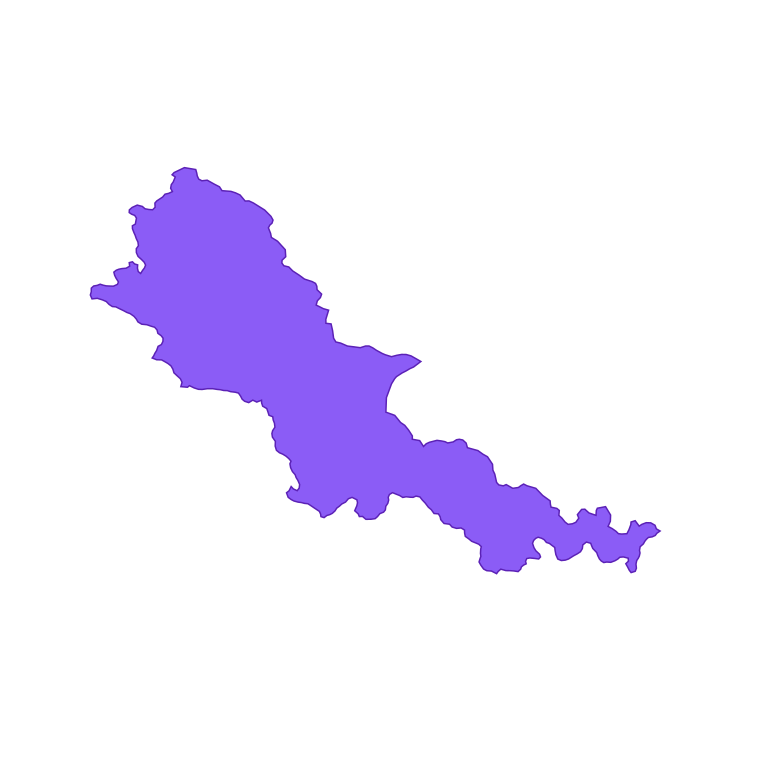 the district of Baixo Guandu, Espírito Santo, Brazil, rotated 108°
{"feature_id": "56859067B51153386357436", "entity_name": "Baixo Guandu", "entity_type": "district", "adm_level": 2, "iso_a3": "BRA", "parent_name": "Brazil", "parent_adm1": "Espírito Santo", "projection": "equal_earth", "projection_center": [-40.958, -19.514], "detail": "fine", "context": "isolated", "style": "filled", "palette": "violet", "viewbox_px": 768, "rotation_deg": 108, "n_neighbors": 0, "source": "geoboundaries", "source_scale": "gbopen_adm2", "svg_char_len": 5914}
<svg xmlns="http://www.w3.org/2000/svg" viewBox="0 0 768 768"><g transform="rotate(108 384 384)"><path d="M250.5,650.2L251.6,646.5L254.2,646.7L257.0,646.9L260.1,647.9L263.8,647.4L266.4,644.7L269.2,647.7L271.1,650.9L274.6,652.3L277.6,654.7L280.1,656.7L282.7,657.8L286.7,656.3L289.8,657.9L290.7,661.6L291.2,665.4L289.8,668.7L290.1,674.0L293.9,678.1L297.1,680.0L299.7,679.3L300.5,676.5L300.7,673.2L302.7,670.7L305.9,670.3L308.7,669.9L311.3,672.2L314.1,671.2L317.4,668.5L319.5,666.6L322.3,664.5L325.0,661.9L328.4,660.3L331.9,661.4L335.6,660.1L338.7,657.3L340.4,653.4L342.3,649.7L344.6,647.5L347.7,647.7L350.5,648.7L354.1,649.6L353.0,652.5L350.0,654.3L346.8,655.1L346.9,658.3L345.5,661.0L347.3,663.8L350.6,662.3L353.6,665.1L355.2,668.9L356.8,671.7L358.5,673.8L361.1,675.5L363.8,673.8L366.0,671.7L369.0,668.1L371.6,668.3L374.6,671.6L375.7,675.5L376.5,678.5L376.8,681.6L376.8,684.8L378.8,687.2L380.5,690.4L383.3,692.0L386.8,690.9L390.1,690.8L393.3,688.0L391.1,683.1L391.0,677.8L391.4,673.6L393.3,670.0L394.3,666.3L393.5,662.9L394.2,658.3L394.8,653.9L395.4,650.7L395.5,647.2L396.9,642.7L398.8,639.6L401.0,637.2L402.0,632.9L400.9,627.8L401.0,623.2L400.9,619.7L402.7,616.6L405.7,614.7L406.9,610.9L408.7,608.3L411.8,607.4L415.3,607.9L418.0,610.5L422.4,610.6L425.7,611.4L428.3,611.7L430.9,612.5L431.2,607.7L429.8,603.0L430.4,599.8L431.2,596.1L432.6,592.2L435.1,589.4L438.3,587.2L440.2,583.1L441.9,579.3L444.8,576.6L449.3,576.4L447.8,569.9L445.7,568.5L446.4,563.4L446.4,558.9L445.4,555.3L443.0,550.4L441.4,545.5L440.7,541.0L440.0,537.9L439.7,534.4L438.7,530.9L438.7,527.6L437.8,523.0L437.6,519.6L439.8,516.7L442.3,514.2L443.5,511.2L443.5,506.9L439.9,503.8L440.5,499.4L437.3,495.5L439.9,494.5L442.6,492.5L443.6,487.9L446.5,485.7L449.3,483.7L449.5,479.7L452.4,478.3L455.1,476.1L458.8,474.4L462.8,475.5L465.8,475.3L469.0,473.7L472.1,469.6L476.7,468.3L480.3,465.8L481.7,462.2L482.0,458.7L482.9,454.9L484.3,451.6L486.1,448.6L489.0,448.8L492.5,446.9L495.6,444.0L497.7,440.5L500.2,438.6L502.2,436.2L505.6,433.2L509.1,432.5L512.3,433.6L511.8,437.8L510.2,440.6L514.9,441.3L517.6,443.1L521.4,440.1L522.6,436.5L523.1,433.5L522.9,429.3L522.3,426.0L522.1,422.7L521.4,419.4L522.2,416.3L523.5,411.8L525.1,406.1L527.3,404.1L529.6,403.0L529.6,399.7L526.7,397.7L525.0,395.2L523.0,393.2L519.9,391.4L516.7,390.6L513.9,388.6L511.2,387.1L508.2,384.1L504.1,382.4L501.7,379.3L502.5,374.0L505.1,372.5L508.3,372.2L511.1,372.5L513.6,372.7L515.5,368.4L517.7,366.5L516.6,363.5L518.3,359.4L516.6,354.5L514.8,350.8L512.1,349.2L508.6,347.9L506.0,344.8L503.3,343.8L499.8,344.5L496.3,343.5L492.9,343.7L490.4,345.0L487.4,344.7L484.7,342.3L485.0,338.5L485.2,334.7L486.1,331.1L484.4,328.1L483.6,324.2L482.8,321.3L480.7,318.9L480.3,315.0L482.5,311.7L484.5,308.0L487.5,303.7L488.9,300.2L491.7,296.4L490.7,292.1L492.9,289.6L495.5,288.1L498.1,283.8L497.1,278.3L499.0,275.0L498.9,270.4L497.1,266.2L498.0,262.3L500.8,261.3L503.8,259.6L505.1,255.5L506.5,252.0L506.8,247.9L507.1,244.3L508.6,241.2L511.1,241.0L515.3,239.9L518.0,238.6L520.6,238.7L523.9,238.6L526.4,235.9L529.2,232.1L529.8,228.6L528.7,224.0L529.6,218.3L527.0,217.5L524.0,215.7L523.8,210.4L522.6,206.5L521.7,202.9L521.0,198.5L517.9,196.8L515.5,196.8L513.1,195.3L511.1,193.2L508.8,194.6L505.9,194.3L504.4,191.6L503.3,186.6L502.6,182.8L500.1,181.7L497.8,183.5L495.7,188.0L493.3,190.8L489.6,193.5L486.5,193.3L483.9,192.0L482.1,190.1L482.0,186.5L482.6,183.5L484.5,180.6L484.5,177.4L485.6,174.4L486.7,171.1L489.7,169.7L493.2,167.8L496.8,164.6L497.1,160.8L495.5,157.2L493.4,154.4L488.7,150.5L485.8,147.7L482.8,145.3L479.3,144.5L475.6,145.2L471.8,142.7L471.6,138.2L473.5,136.7L475.9,134.6L478.6,129.6L481.2,127.6L483.8,125.1L485.2,122.7L485.9,119.8L484.5,117.2L483.5,113.2L480.7,109.7L478.2,107.5L475.9,106.2L474.5,102.9L474.2,97.9L477.0,96.8L480.2,98.5L482.6,95.9L485.4,93.1L487.0,90.7L484.5,87.2L481.2,87.0L477.4,88.7L473.8,89.1L471.0,88.3L468.7,88.0L465.6,88.3L463.3,89.6L459.6,90.1L455.9,87.9L453.2,87.4L450.7,86.5L448.2,85.1L446.5,81.7L444.2,79.2L441.7,78.4L438.5,76.0L437.6,80.2L434.6,82.6L433.6,87.4L434.9,91.8L437.8,95.4L440.3,97.4L436.4,102.9L438.9,106.4L441.5,105.8L446.9,106.0L451.3,106.7L453.3,111.7L453.9,114.8L452.4,117.8L451.0,122.3L450.2,126.9L444.6,126.3L438.6,128.0L432.2,135.4L434.4,139.4L436.2,142.7L438.6,143.0L443.4,141.8L443.3,149.2L441.0,154.3L442.2,157.3L448.5,159.7L451.4,157.3L456.2,158.8L458.7,161.6L460.6,165.6L459.3,169.2L456.6,173.3L454.9,177.1L450.1,178.2L448.9,181.2L449.5,187.1L446.9,188.6L443.8,189.9L441.0,198.6L436.3,207.4L436.6,216.5L436.0,220.3L438.5,222.5L440.9,224.2L443.4,229.3L441.9,236.7L444.0,239.1L444.5,243.6L442.8,246.5L435.5,250.8L432.3,253.8L426.8,256.0L421.2,263.1L420.2,268.2L418.3,274.1L418.8,285.0L414.8,287.6L412.9,291.8L413.3,295.3L414.6,297.8L417.7,300.3L420.4,305.2L420.0,308.2L420.4,311.6L421.2,316.2L425.4,322.8L427.8,325.4L431.2,327.1L426.8,332.6L427.8,340.0L424.6,341.0L420.3,346.3L416.9,351.5L415.5,356.3L410.5,364.1L410.2,373.5L396.2,377.5L391.5,377.3L386.2,377.1L381.5,376.9L375.7,375.5L373.1,374.4L367.9,370.2L364.8,367.1L361.4,364.1L358.7,361.1L351.2,355.9L350.4,359.6L348.9,367.0L349.1,372.0L350.4,376.3L352.8,380.8L355.7,385.3L355.8,391.9L355.5,395.2L354.3,401.6L353.1,405.8L352.5,409.9L353.6,413.3L356.8,417.8L358.0,424.3L359.2,430.5L358.5,437.8L358.9,442.8L356.0,446.1L349.1,449.4L343.2,452.9L344.2,458.0L340.5,459.3L330.9,459.5L331.1,465.0L330.4,469.3L329.9,472.9L325.5,473.1L321.5,471.2L317.8,471.1L315.0,476.8L311.8,478.1L309.5,480.2L308.8,483.9L308.8,492.0L306.7,498.3L304.7,505.7L302.1,510.7L302.5,515.8L300.5,518.5L297.8,519.2L293.3,516.8L286.8,519.4L281.1,529.4L279.4,536.4L275.8,538.4L271.2,542.2L268.2,541.7L265.7,540.2L262.4,540.2L259.5,543.3L255.4,551.3L252.2,564.2L251.6,569.0L252.9,572.6L248.7,579.3L248.1,584.3L248.1,589.1L250.2,597.8L247.3,601.4L246.4,607.0L244.8,615.1L247.0,620.0L246.4,623.5L243.8,625.9L241.2,627.3L238.2,629.3L239.9,640.7L247.8,649.0L250.5,650.2Z" fill="#8b5cf6" stroke="#5b21b6" stroke-width="1.5"/></g></svg>